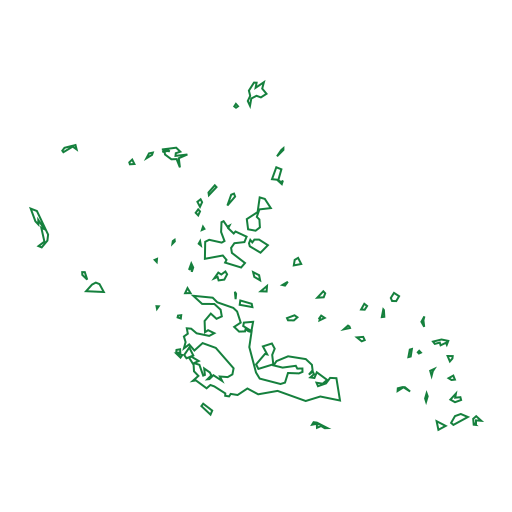 the district of Dahlak, Semenawi Keyih Bahri, Eritrea
{"feature_id": "51966322B75113483561318", "entity_name": "Dahlak", "entity_type": "district", "adm_level": 2, "iso_a3": "ERI", "parent_name": "Eritrea", "parent_adm1": "Semenawi Keyih Bahri", "projection": "mercator", "projection_center": [40.14, 15.965], "detail": "fine", "context": "isolated", "style": "outline", "palette": "green", "viewbox_px": 512, "rotation_deg": 0, "n_neighbors": 0, "source": "geoboundaries", "source_scale": "gbopen_adm2", "svg_char_len": 6146}
<svg xmlns="http://www.w3.org/2000/svg" viewBox="0 0 512 512"><path d="M215.8,347.9L233.6,368.3L232.4,374.4L227.7,377.1L219.9,376.5L222.1,380.9L213.4,375.2L209.4,379.1L207.4,379.3L211.3,375.4L209.9,372.5L204.2,368.5L204.9,374.9L203.2,375.6L199.4,364.8L194.0,363.1L198.7,361.0L191.1,356.5L189.2,357.9L193.6,364.8L194.0,371.3L198.4,375.9L192.8,380.9L195.9,380.4L206.6,388.3L210.4,385.0L214.3,386.4L225.3,393.4L225.2,395.8L229.1,396.4L230.7,393.9L237.6,395.0L247.4,388.5L258.2,394.3L277.6,390.9L305.7,401.0L320.3,396.5L340.0,400.5L336.4,378.2L330.1,377.9L326.0,383.4L318.0,386.2L316.5,382.7L322.7,383.7L327.1,379.9L316.8,372.3L314.4,378.0L310.4,377.4L314.0,374.2L312.8,371.6L308.9,374.6L312.6,370.3L311.9,364.8L305.8,359.1L288.1,356.3L276.5,361.1L273.6,365.4L282.6,367.6L295.8,365.8L297.3,368.6L302.4,368.5L302.5,371.9L298.9,373.4L288.0,373.0L285.0,382.6L280.5,384.0L259.7,378.6L256.0,372.5L249.3,347.1L251.6,331.4L250.1,331.7L248.4,331.2L247.3,330.5L245.6,329.0L245.0,331.4L239.1,331.6L234.2,326.9L240.7,322.6L237.1,311.5L233.3,307.9L217.3,302.3L212.7,297.7L193.3,295.8L202.1,303.9L214.4,304.0L220.6,309.7L221.8,316.4L216.5,318.8L210.8,313.6L204.6,321.0L205.0,332.2L208.1,330.2L214.3,333.2L209.2,335.9L196.6,333.3L191.2,328.7L186.8,328.3L187.8,333.7L183.9,336.5L185.6,342.1L183.9,348.4L189.2,344.4L194.4,350.5L202.6,343.1L215.8,347.9ZM227.4,226.7L223.6,221.2L221.5,222.2L221.1,232.0L224.5,241.0L221.7,242.6L209.2,239.8L205.2,241.8L204.9,258.8L222.8,255.5L226.5,259.9L225.1,262.6L241.1,267.5L245.0,263.0L231.9,252.9L231.1,247.9L234.4,243.2L244.4,242.1L246.6,236.7L235.5,231.5L233.7,233.5L228.2,228.2L229.5,225.6L227.4,226.7ZM270.8,208.1L264.8,198.9L259.7,197.4L257.6,212.1L246.8,219.1L248.1,229.3L255.6,230.7L259.9,227.4L259.4,219.5L256.8,216.9L259.4,209.4L270.8,208.1ZM271.9,343.5L262.9,346.4L267.2,354.4L265.0,353.9L256.1,364.4L258.4,368.9L273.3,364.3L272.2,354.9L274.7,348.7L271.9,343.5ZM256.6,82.7L254.0,82.6L248.9,90.6L250.2,95.9L247.8,101.0L250.0,105.8L251.3,98.5L256.5,95.8L260.9,97.4L266.5,93.8L262.2,88.6L263.9,82.2L255.6,87.8L256.6,82.7ZM176.2,147.7L161.9,149.5L167.5,149.8L169.7,151.3L164.2,150.7L162.5,152.0L166.5,151.2L164.5,151.6L165.0,154.5L171.4,159.3L176.6,159.1L179.9,167.4L178.8,158.2L187.4,154.5L175.5,155.9L175.8,153.2L180.3,151.7L176.2,147.7ZM36.9,211.0L30.7,208.6L35.4,221.3L38.4,224.5L38.3,220.0L44.5,229.2L41.3,227.7L44.4,241.6L38.5,246.1L41.7,247.4L47.4,240.6L48.1,234.6L36.9,211.0ZM259.1,239.6L254.4,239.6L252.3,242.4L250.3,239.9L249.0,243.3L249.8,246.3L260.5,252.7L267.9,245.2L259.1,239.6ZM95.8,282.6L92.0,284.6L86.1,291.2L103.8,292.0L99.5,284.1L95.8,282.6ZM460.8,414.0L455.0,416.1L451.1,422.9L453.4,424.9L467.9,417.0L460.8,414.0ZM281.4,169.3L276.3,167.3L272.0,179.2L277.0,179.7L281.8,184.1L282.9,180.6L281.2,182.3L278.3,180.1L281.4,169.3ZM253.1,321.8L243.9,322.6L243.2,326.0L251.4,331.1L253.1,321.8ZM227.1,274.3L225.4,271.5L221.3,274.5L218.3,272.6L214.2,278.4L217.6,276.9L218.6,280.4L224.3,279.6L227.1,274.3ZM251.7,303.8L240.3,300.5L239.7,304.8L252.4,307.1L251.7,303.8ZM396.2,301.1L399.1,296.2L394.0,292.9L390.8,298.0L392.1,301.0L396.2,301.1ZM212.2,410.6L203.2,403.7L201.4,406.1L210.5,414.6L212.2,410.6ZM189.3,347.5L184.2,355.0L186.5,358.3L193.3,355.5L189.3,347.5ZM455.2,397.7L455.9,393.6L450.4,399.6L455.0,402.2L461.1,400.0L460.4,397.2L455.2,397.7ZM445.7,425.9L436.6,421.2L438.4,429.8L445.7,425.9ZM298.1,257.9L294.7,259.9L293.8,265.4L301.2,264.0L298.1,257.9ZM440.6,345.3L447.8,341.9L446.1,343.1L446.8,344.7L448.3,340.9L441.5,339.5L433.0,341.6L434.8,343.9L439.8,342.6L440.6,345.3ZM227.4,205.5L235.1,196.6L234.0,193.6L231.2,194.7L227.4,205.5ZM316.8,422.6L313.6,422.2L312.1,424.7L317.3,423.7L319.3,424.4L316.8,424.2L317.0,427.8L321.1,426.0L324.7,428.2L327.5,428.1L316.8,422.6ZM253.1,272.1L254.3,276.9L260.1,280.3L259.1,275.2L253.1,272.1ZM75.5,145.0L64.5,147.8L62.3,150.7L63.4,152.2L72.7,146.6L76.6,149.4L75.5,145.0ZM297.4,317.3L294.5,315.3L287.0,318.1L288.0,320.3L293.9,320.4L297.4,317.3ZM367.1,306.0L364.3,303.8L361.1,309.5L364.7,309.7L367.1,306.0ZM208.9,195.2L216.5,187.1L214.8,185.3L208.5,192.5L208.9,195.2ZM481.3,420.8L476.2,416.2L473.2,418.8L473.7,424.7L475.7,424.9L473.9,423.3L476.0,424.0L476.0,420.4L481.3,420.8ZM200.0,206.8L202.1,202.2L200.6,199.3L197.4,201.8L200.0,206.8ZM454.9,379.6L453.3,375.6L448.6,378.2L451.5,380.0L454.9,379.6ZM266.6,291.5L267.0,286.0L260.7,291.3L266.6,291.5ZM424.2,326.8L423.4,320.3L424.4,316.4L421.4,321.8L424.2,326.8ZM325.2,293.3L323.3,291.3L317.3,297.7L323.7,297.3L325.2,293.3ZM364.7,340.1L363.2,336.9L356.9,337.4L361.7,341.3L364.7,340.1ZM404.9,387.2L402.5,387.1L397.8,388.3L397.6,391.0L403.5,387.3L410.1,391.5L404.9,387.2ZM193.2,267.5L191.3,263.5L189.0,269.8L191.3,267.7L191.8,271.8L193.2,267.5ZM198.2,215.4L200.0,211.4L198.2,209.4L195.7,212.8L198.2,215.4ZM84.8,272.1L82.2,272.1L82.3,274.9L87.2,279.6L84.8,272.1ZM190.5,293.1L187.5,288.1L185.1,293.2L190.5,293.1ZM152.8,152.6L149.0,153.4L146.4,158.3L152.0,154.9L152.8,152.6ZM452.7,356.1L447.6,356.0L449.9,361.4L452.4,358.5L452.7,356.1ZM384.3,316.8L383.9,310.1L383.3,309.4L381.8,317.1L384.3,316.8ZM134.4,164.0L132.2,159.6L129.3,162.4L129.9,164.3L134.4,164.0ZM411.9,349.0L409.8,349.6L408.4,357.1L410.7,356.5L411.9,349.0ZM431.6,375.8L432.8,371.2L434.3,368.9L430.2,370.8L431.6,375.8ZM426.1,401.7L427.7,396.3L426.6,393.3L425.1,398.5L426.1,401.7ZM324.7,317.9L321.2,315.6L318.7,319.1L320.0,318.0L319.5,320.4L324.7,317.9ZM285.0,285.6L287.8,281.8L282.4,285.0L285.0,285.6ZM234.9,291.8L235.6,299.2L236.1,293.8L234.9,291.8ZM180.1,349.3L176.5,349.9L176.2,352.7L180.3,352.7L180.1,349.3ZM343.8,329.3L350.0,328.0L349.4,326.5L348.0,325.6L343.8,329.3ZM182.3,355.0L176.7,353.9L180.5,357.6L182.3,355.0ZM238.0,106.3L235.9,103.9L234.3,106.4L236.0,107.7L238.0,106.3ZM181.2,315.2L178.0,315.6L177.6,317.4L180.8,318.5L181.2,315.2ZM157.0,308.8L158.7,306.3L156.5,306.2L157.0,308.8ZM201.9,230.0L204.4,228.9L203.0,226.7L201.9,230.0ZM277.0,156.3L283.4,149.9L283.4,148.2L281.3,150.0L277.0,156.3ZM154.7,259.9L156.7,262.0L157.0,258.9L154.7,259.9ZM419.2,350.8L417.8,352.3L418.9,353.5L420.9,352.6L419.2,350.8ZM198.7,243.7L200.9,245.5L200.1,241.2L198.7,243.7ZM172.4,243.8L174.8,241.4L174.6,239.8L172.8,241.1L172.4,243.8Z" fill="none" stroke="#15803d" stroke-width="2"/></svg>